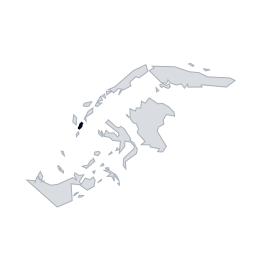 Alor, Nusa Tenggara Timur, Indonesia shown in context, rotated 131°
{"feature_id": "22746128B1117135414899", "entity_name": "Alor", "entity_type": "district", "adm_level": 2, "iso_a3": "IDN", "parent_name": "Indonesia", "parent_adm1": "Nusa Tenggara Timur", "projection": "equal_earth", "projection_center": [124.34, -8.333], "detail": "fine", "context": "in_parent", "style": "filled", "palette": "ink", "viewbox_px": 256, "rotation_deg": 131, "n_neighbors": 0, "source": "geoboundaries", "source_scale": "gbopen_adm2", "svg_char_len": 5561}
<svg xmlns="http://www.w3.org/2000/svg" viewBox="0 0 256 256"><g transform="rotate(131 128 128)"><path d="M88.5,100.5L92.6,107.8L98.6,106.9L101.7,103.5L107.1,105.5L111.2,104.1L116.7,87.0L123.3,86.1L126.4,90.1L123.0,90.5L127.7,98.7L126.4,100.5L132.0,107.1L127.0,106.3L125.4,118.0L121.5,119.8L119.4,124.4L120.7,127.6L119.3,132.8L112.1,139.3L110.4,133.5L107.5,134.8L104.4,131.6L98.9,135.5L98.1,131.3L91.4,131.8L90.1,121.2L86.8,118.3L85.3,111.0L85.9,103.9L88.5,100.5ZM21.9,78.4L32.6,80.6L46.2,99.5L47.9,101.0L48.6,99.1L57.8,109.6L55.6,111.9L60.8,111.4L59.7,116.8L64.0,119.7L66.3,126.3L65.4,129.5L68.9,128.1L71.9,132.7L70.7,149.6L65.5,147.8L65.4,150.2L51.2,133.0L45.2,118.4L39.8,111.0L37.2,101.5L23.4,84.0L21.9,78.4ZM234.1,129.6L233.7,170.2L229.3,164.4L229.9,162.7L224.2,164.7L225.1,160.7L223.6,158.6L224.1,158.2L225.0,158.4L225.6,158.2L222.9,156.6L224.1,156.1L221.8,148.7L216.9,144.2L201.6,137.1L201.0,132.3L198.9,137.6L196.7,138.6L195.9,133.8L192.3,130.7L200.3,129.6L201.4,126.4L193.9,127.3L192.1,123.0L187.8,122.1L189.0,118.6L194.3,115.4L201.6,117.9L202.7,127.7L207.5,134.3L219.4,122.5L234.1,129.6ZM159.4,107.0L154.1,111.3L139.4,109.9L137.6,111.5L137.0,116.7L139.8,121.8L144.0,118.4L152.7,118.1L143.0,125.0L147.4,131.4L147.2,135.9L150.1,140.7L144.1,143.0L144.2,138.8L140.9,135.3L141.6,130.4L139.7,129.9L137.9,131.7L138.7,148.2L134.7,148.3L135.0,138.5L134.2,135.2L131.5,134.5L131.1,130.3L134.4,118.9L136.0,118.6L135.4,113.8L137.9,107.1L141.7,104.9L155.0,107.9L160.4,102.7L159.4,107.0ZM72.2,150.2L82.7,152.5L84.3,155.7L92.4,156.7L94.3,153.4L102.2,156.5L104.4,161.1L110.9,161.9L110.8,165.7L111.8,168.0L105.6,165.0L80.9,161.5L68.5,156.0L72.2,150.2ZM172.6,107.9L177.1,103.4L175.1,108.6L178.1,111.9L173.4,111.3L175.9,118.8L172.4,114.7L171.2,106.1L174.0,99.5L172.6,107.9ZM174.8,131.2L185.8,132.8L186.9,137.4L182.4,134.0L176.3,134.8L174.5,133.0L173.4,135.1L174.8,131.2ZM149.7,167.0L141.6,169.0L135.9,167.6L139.6,164.7L147.5,167.1L150.3,163.9L149.7,167.0ZM126.4,164.2L131.8,165.1L132.8,167.4L122.0,169.5L123.7,165.5L127.4,167.8L128.6,166.9L126.4,164.2ZM159.6,169.1L159.7,173.6L153.7,177.6L154.0,173.3L159.6,169.1ZM71.9,123.7L73.4,128.6L75.5,129.3L74.8,132.4L71.7,130.9L70.7,126.9L67.6,126.0L69.1,123.1L71.9,123.7ZM222.5,164.9L218.4,165.6L220.5,160.5L223.7,159.4L224.7,161.3L222.5,164.9ZM136.9,171.8L139.4,173.9L140.6,176.3L138.0,177.2L132.0,172.7L136.9,171.8ZM168.6,132.5L170.3,136.0L167.8,137.2L164.8,134.6L165.0,132.7L168.6,132.5ZM111.2,164.3L116.9,165.8L114.4,168.5L111.2,164.3ZM120.2,164.5L121.0,168.7L117.7,168.1L120.2,164.5ZM82.0,130.1L79.2,133.3L79.4,129.3L82.0,130.1ZM204.3,147.2L204.9,152.6L203.7,152.8L202.6,148.9L204.3,147.2ZM109.3,156.7L104.9,158.4L103.1,157.4L109.3,156.7ZM151.5,141.7L151.5,146.6L149.0,148.6L150.0,142.1L151.5,141.7ZM30.2,104.3L34.1,107.1L33.6,109.7L30.2,104.3ZM39.9,124.3L38.3,123.3L37.6,119.3L38.8,119.2L39.9,124.3ZM189.2,163.2L188.3,161.3L190.7,157.7L190.6,160.9L189.2,163.2ZM184.9,113.7L189.4,115.0L184.3,114.5L184.9,113.7ZM157.2,123.6L161.4,125.0L156.8,124.9L157.2,123.6ZM149.5,144.1L147.3,146.5L149.3,142.1L149.5,144.1ZM208.2,117.3L210.6,117.8L212.8,120.1L210.7,120.6L208.2,117.3ZM168.3,161.2L166.7,162.9L163.6,163.1L164.4,161.1L168.3,161.2ZM204.1,153.5L203.1,156.0L202.0,156.0L202.2,151.9L204.1,153.5ZM174.6,123.6L171.8,124.0L171.1,123.2L172.2,121.6L174.6,123.6ZM208.6,123.2L212.0,123.6L215.2,124.5L212.1,125.1L208.6,123.2ZM150.2,120.6L153.0,122.3L150.1,123.2L150.2,120.6ZM176.8,99.3L174.9,98.8L176.7,97.0L176.8,99.3ZM157.1,165.8L160.2,164.3L160.5,165.3L157.1,165.8ZM184.8,123.8L184.3,126.0L181.9,124.9L183.1,124.2L184.8,123.8ZM119.6,136.8L118.4,138.3L119.4,133.6L119.6,136.8ZM171.9,115.2L173.3,118.3L172.8,118.8L170.6,116.4L171.9,115.2Z" fill="#d9dde1" stroke="#a8b0b8" stroke-width="1"/><path d="M158.0,164.0L157.8,164.0L157.7,164.0L157.4,164.2L157.3,164.3L157.2,164.5L157.2,164.8L157.2,165.0L157.2,164.9L157.3,164.9L157.5,164.7L157.8,164.6L157.7,164.7L157.7,164.8L157.4,164.9L157.3,165.0L157.2,165.0L157.1,165.3L157.0,165.5L156.9,165.6L156.9,165.8L156.9,166.0L157.0,166.0L157.2,165.9L157.2,166.0L157.3,166.1L157.5,165.9L157.8,165.9L157.8,166.0L157.9,165.9L158.0,165.9L158.2,165.7L158.3,165.7L158.5,165.7L158.8,165.7L159.0,165.7L159.4,165.5L159.7,165.4L159.8,165.5L159.9,165.4L160.0,165.4L160.3,165.4L160.5,165.3L160.6,165.2L160.6,164.9L160.6,164.7L160.4,164.4L160.4,164.2L160.2,164.2L159.9,164.2L159.7,164.1L159.4,164.2L159.4,164.3L159.2,164.2L159.1,164.3L159.1,164.2L159.1,164.3L159.0,164.2L158.9,164.1L158.7,164.2L158.4,164.3L158.4,164.2L158.4,164.3L158.2,164.4L158.1,164.5L158.0,164.4L158.0,164.1L158.0,164.0ZM156.6,165.3L156.7,165.2L156.7,164.9L156.8,164.7L156.8,164.4L156.7,164.3L156.4,164.5L156.3,164.8L156.2,164.9L156.2,165.0L156.2,164.9L156.1,165.0L155.9,165.3L155.8,165.5L155.7,165.6L155.7,165.4L155.7,165.5L155.7,165.4L155.7,165.2L155.4,165.2L155.3,165.3L155.2,165.3L155.1,165.5L155.0,165.8L154.9,165.9L154.9,166.0L155.0,166.0L155.1,165.9L155.3,165.8L155.5,165.9L155.4,165.9L155.5,165.9L155.5,166.0L155.6,166.3L155.5,166.5L155.9,166.6L156.0,166.6L156.0,166.4L156.1,166.2L156.1,166.3L156.2,166.2L156.3,166.1L156.2,165.9L156.3,165.9L156.4,165.7L156.5,165.5L156.5,165.4L156.6,165.3ZM156.9,164.9L156.8,165.0L157.0,165.2L156.9,164.9ZM155.1,165.4L154.9,165.4L154.8,165.5L155.0,165.6L155.1,165.4L155.1,165.4ZM154.5,165.8L154.5,165.5L154.4,165.5L154.4,165.8L154.5,165.8L154.5,165.8ZM156.6,166.2L156.6,166.3L156.6,166.2L156.6,166.2ZM155.5,164.6L155.4,164.6L155.5,164.6ZM154.8,165.9L154.7,165.9L154.7,166.0L154.8,165.9L154.8,165.9ZM155.7,165.5L155.8,165.5L155.7,165.5Z" fill="#0f172a" stroke="#020617" stroke-width="1.5"/></g></svg>